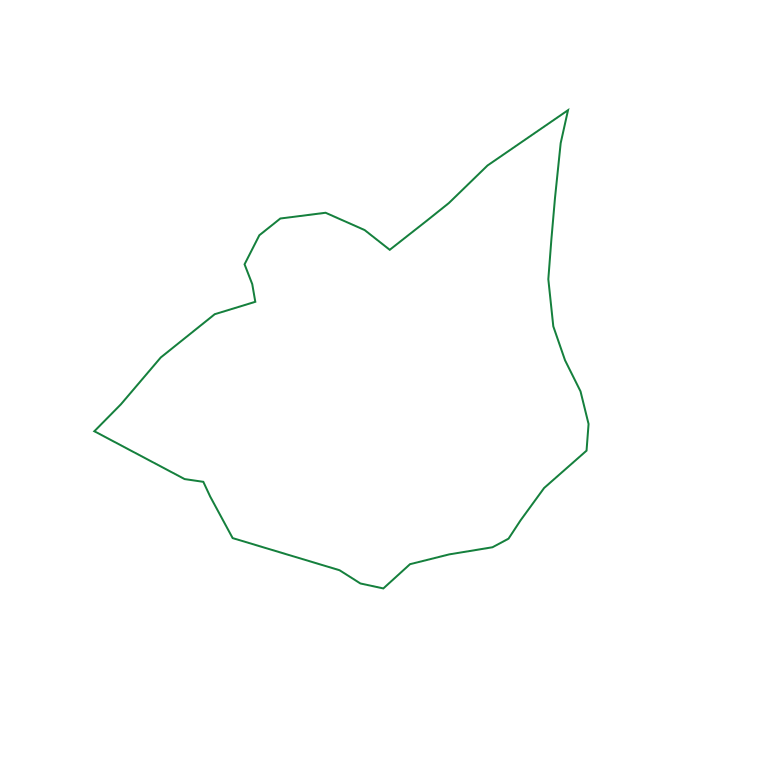 the district of Abtouyour, Guéra, Chad, rotated 245°
{"feature_id": "50815135B86536624745263", "entity_name": "Abtouyour", "entity_type": "district", "adm_level": 2, "iso_a3": "TCD", "parent_name": "Chad", "parent_adm1": "Guéra", "projection": "equal_earth", "projection_center": [18.122, 12.013], "detail": "fine", "context": "isolated", "style": "outline", "palette": "green", "viewbox_px": 768, "rotation_deg": 245, "n_neighbors": 0, "source": "geoboundaries", "source_scale": "gbopen_adm2", "svg_char_len": 670}
<svg xmlns="http://www.w3.org/2000/svg" viewBox="0 0 768 768"><g transform="rotate(245 384 384)"><path d="M355.4,178.9L308.3,181.7L234.0,265.0L213.2,278.3L199.0,297.0L209.7,331.4L209.7,331.5L202.0,371.2L190.2,413.3L191.2,431.5L202.7,450.1L222.1,485.2L238.0,539.4L261.3,552.5L294.3,559.0L329.0,558.1L364.7,561.8L409.5,577.2L444.3,596.8L480.0,617.4L527.6,645.9L554.4,666.5L538.3,570.2L520.6,519.3L514.3,493.4L503.2,445.9L531.7,431.5L563.9,403.4L577.8,360.0L571.5,333.9L551.4,308.2L530.2,306.8L512.9,302.1L518.8,260.1L502.4,192.9L476.8,137.0L463.7,101.8L463.6,101.5L382.1,163.1L371.7,178.9L355.8,178.9L355.4,178.9Z" fill="none" stroke="#15803d" stroke-width="2"/></g></svg>